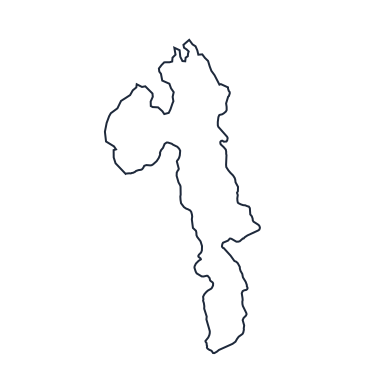 outline of Bostanlik, Tashkent, Uzbekistan, rotated 116°
{"feature_id": "79887680B98166747305726", "entity_name": "Bostanlik", "entity_type": "district", "adm_level": 2, "iso_a3": "UZB", "parent_name": "Uzbekistan", "parent_adm1": "Tashkent", "projection": "natural_earth1", "projection_center": [70.388, 41.744], "detail": "fine", "context": "isolated", "style": "outline", "palette": "slate", "viewbox_px": 384, "rotation_deg": 116, "n_neighbors": 0, "source": "geoboundaries", "source_scale": "gbopen_adm2", "svg_char_len": 3939}
<svg xmlns="http://www.w3.org/2000/svg" viewBox="0 0 384 384"><g transform="rotate(116 192 192)"><path d="M204.8,259.6L204.4,259.4L202.7,256.6L202.1,255.1L201.5,254.7L200.5,253.3L198.8,252.0L197.6,251.5L197.2,251.1L195.8,249.7L194.4,247.6L193.4,246.8L191.5,246.4L189.4,246.4L187.8,244.8L186.4,241.2L185.6,240.0L184.2,239.1L179.8,237.3L176.1,236.8L172.8,237.0L171.4,237.5L171.1,237.9L169.7,238.1L169.2,238.0L168.3,238.2L165.0,237.4L160.8,237.7L158.7,236.5L158.1,235.3L157.5,231.3L157.8,229.9L157.8,225.0L158.7,222.6L160.1,220.7L164.5,219.0L166.8,218.6L169.0,218.7L170.2,219.1L171.2,219.0L176.9,214.1L177.8,213.9L179.1,214.2L181.3,214.2L184.2,212.9L189.3,208.3L191.3,205.4L192.3,204.6L199.4,201.0L201.2,200.5L204.2,198.8L206.9,196.9L209.1,192.6L209.5,189.9L209.3,188.2L209.4,185.5L210.3,183.9L212.4,182.1L214.1,181.0L216.6,180.2L220.4,177.7L223.9,175.4L225.1,171.5L226.4,170.4L228.9,169.0L230.1,167.6L232.6,162.7L236.2,159.3L240.2,157.5L242.4,157.3L245.4,158.3L246.8,158.3L247.4,157.7L248.0,155.1L248.7,154.5L251.0,155.9L254.6,157.1L257.6,157.1L259.0,156.6L262.0,153.7L263.1,152.1L263.6,146.3L262.9,144.6L260.8,142.0L260.5,141.2L261.7,138.4L263.3,137.2L263.8,136.3L264.2,133.9L264.8,133.0L266.8,132.1L269.5,132.1L270.5,132.4L273.8,134.6L275.9,135.4L278.6,136.1L281.3,136.1L283.5,134.7L284.8,134.4L286.7,132.6L289.2,130.9L291.5,129.9L297.5,124.2L300.2,123.2L306.6,117.4L309.3,115.0L311.0,114.2L312.9,113.7L315.7,113.6L320.0,114.6L320.6,114.2L321.4,112.7L323.5,111.4L323.8,110.9L325.3,110.4L325.9,109.5L326.3,107.0L326.1,105.8L326.3,104.5L327.5,102.5L327.0,101.3L324.7,99.7L322.1,98.5L310.7,89.0L307.5,87.3L304.3,87.1L301.6,86.6L297.5,84.4L295.9,84.3L293.0,85.0L291.9,85.7L289.1,86.6L284.9,90.3L282.6,90.4L279.4,89.3L277.9,89.4L277.1,90.0L275.5,92.0L272.1,96.4L271.9,96.5L270.7,97.5L268.5,98.7L266.9,99.1L265.2,100.1L261.2,102.9L258.9,103.0L257.5,102.0L256.3,100.4L255.2,99.8L254.4,99.8L253.5,100.3L252.8,101.3L251.5,102.0L249.2,104.4L246.4,108.8L243.6,110.9L241.7,113.7L240.0,115.3L238.4,116.2L235.9,119.7L235.3,121.7L235.4,123.7L232.3,129.4L228.5,138.9L228.7,139.6L228.0,141.1L227.4,141.4L225.5,141.9L224.0,141.9L219.9,138.3L217.3,137.6L216.9,136.8L216.8,135.6L217.2,130.4L216.4,128.7L215.3,127.5L211.5,125.9L211.2,125.2L209.6,124.8L206.7,123.1L197.5,115.6L196.3,115.0L195.0,115.1L194.0,115.5L192.7,116.9L192.3,118.4L191.7,123.7L190.9,124.9L189.4,125.8L187.6,127.6L186.6,129.8L181.2,132.9L180.2,134.5L180.5,135.9L180.6,137.3L180.6,138.2L181.4,140.3L181.7,142.6L181.7,145.2L181.5,146.1L180.0,147.3L177.9,148.5L174.7,149.5L173.0,151.2L171.2,151.1L167.2,152.9L164.2,157.1L161.9,158.6L160.6,159.9L159.1,162.4L157.9,165.9L156.6,168.8L154.6,172.1L152.6,173.3L143.7,177.2L142.9,177.9L140.7,179.0L139.1,180.2L137.8,183.1L136.6,187.1L135.5,188.1L134.4,188.5L133.2,188.1L132.6,187.2L132.8,185.4L131.5,183.2L130.2,183.0L127.9,183.6L127.0,184.6L121.9,196.9L120.8,198.0L117.8,199.5L113.1,201.1L111.4,201.2L110.7,201.1L108.9,198.9L107.3,197.9L104.8,196.8L103.1,196.8L100.3,198.2L97.4,200.2L90.5,201.3L89.6,200.9L86.8,201.3L85.7,201.9L85.0,203.3L83.2,205.0L82.2,205.5L82.4,213.4L83.5,214.4L81.1,217.6L77.1,223.0L74.6,227.7L71.4,231.1L67.2,235.0L65.8,239.2L63.8,243.1L65.8,246.5L62.4,249.3L59.5,252.7L59.1,256.2L56.5,261.2L63.5,264.2L65.8,262.4L66.2,259.4L67.1,256.6L69.1,256.3L71.9,255.3L74.0,256.6L77.5,255.4L78.5,258.0L75.6,261.8L70.0,265.3L70.1,271.1L75.8,267.0L79.8,268.4L83.4,267.0L85.2,269.0L87.6,273.8L91.2,275.0L95.5,275.9L98.1,274.2L99.4,271.7L104.9,267.6L104.6,259.8L108.0,256.3L110.3,252.2L115.0,251.1L118.6,248.5L120.8,248.4L127.2,247.6L131.1,247.6L134.1,251.1L132.4,254.0L130.8,259.6L132.9,264.6L132.8,266.7L128.8,268.8L123.6,269.0L120.8,270.7L117.5,280.3L119.5,283.0L119.4,288.9L122.4,287.9L126.6,289.8L132.0,290.1L136.5,292.8L141.2,295.7L149.5,295.7L156.8,299.5L160.2,299.7L167.3,299.0L176.0,296.7L184.3,291.4L185.2,282.1L187.0,279.0L188.7,280.8L195.3,277.5L199.7,273.3L204.8,259.6Z" fill="none" stroke="#1e293b" stroke-width="2"/></g></svg>